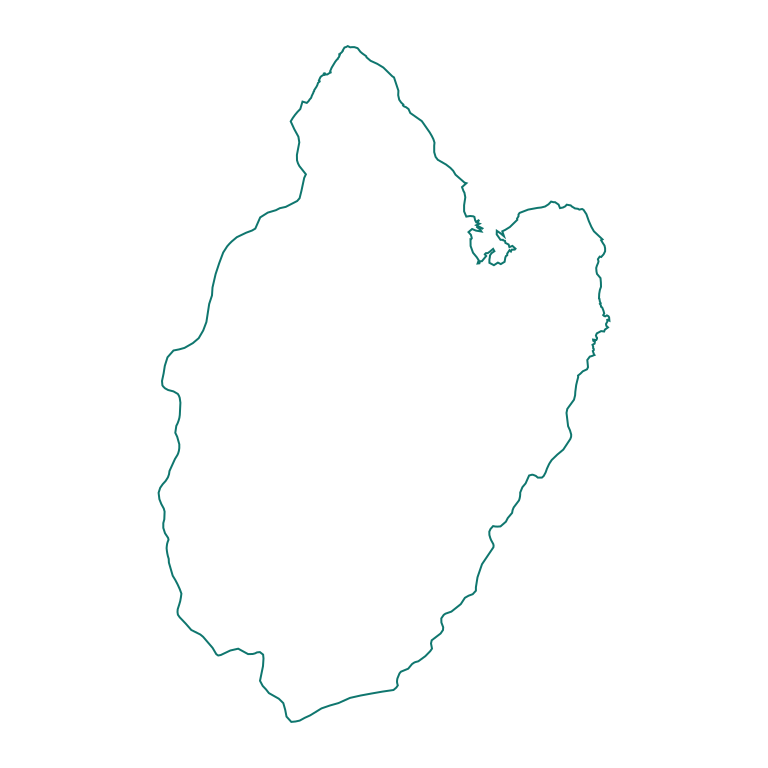 Iablanita, Caras-Severin, Romania (Robinson projection)
{"feature_id": "2599482B41356842698791", "entity_name": "Iablanita", "entity_type": "district", "adm_level": 2, "iso_a3": "ROU", "parent_name": "Romania", "parent_adm1": "Caras-Severin", "projection": "robinson", "projection_center": [22.284, 44.936], "detail": "fine", "context": "isolated", "style": "outline", "palette": "teal", "viewbox_px": 768, "rotation_deg": 0, "n_neighbors": 0, "source": "geoboundaries", "source_scale": "gbopen_adm2", "svg_char_len": 6061}
<svg xmlns="http://www.w3.org/2000/svg" viewBox="0 0 768 768"><path d="M366.5,57.3L366.2,56.2L362.4,53.5L360.4,51.8L357.9,48.5L357.4,48.1L354.3,47.1L352.4,47.1L350.2,47.3L347.7,46.1L345.9,47.1L344.5,47.5L342.7,50.5L342.9,50.8L341.9,52.1L341.1,52.9L340.2,53.5L340.0,54.5L339.3,54.4L339.3,56.3L338.9,57.1L337.8,58.5L337.7,59.1L336.9,59.6L335.2,61.8L331.7,67.6L330.1,71.3L330.2,71.8L330.7,72.1L330.7,72.5L329.5,73.0L327.4,74.4L326.7,74.5L326.0,74.4L325.0,73.8L324.8,73.3L324.3,73.3L324.1,73.4L325.2,74.6L324.7,74.9L323.0,75.1L321.0,76.5L320.3,77.4L318.9,80.5L319.7,81.2L319.7,81.5L318.0,82.9L317.4,84.9L316.5,86.7L314.2,90.2L314.1,91.2L313.5,91.9L313.3,92.8L311.8,95.8L311.5,96.8L311.0,98.0L309.7,99.4L308.5,101.2L306.8,102.9L302.5,101.6L300.3,109.0L297.5,111.9L295.0,114.9L292.7,118.1L290.7,121.4L294.3,129.2L298.4,136.7L299.3,142.4L296.9,155.0L297.0,160.3L298.0,163.4L299.4,166.1L305.9,174.3L304.2,177.9L301.4,191.0L299.6,198.2L297.2,201.0L285.7,206.9L279.8,208.2L275.9,210.2L267.8,212.6L260.2,217.4L255.3,228.6L252.1,230.5L246.2,232.7L236.8,237.2L231.7,241.5L229.4,243.8L227.2,246.3L223.2,252.5L219.2,263.2L215.6,274.1L212.5,287.5L212.0,295.4L209.2,303.9L206.4,322.0L203.2,330.5L198.7,338.2L192.9,343.1L184.5,347.9L179.1,349.4L173.5,350.5L167.5,357.3L164.8,365.9L163.6,373.5L162.0,381.0L162.4,385.3L163.1,386.4L165.0,388.3L168.1,390.0L173.5,391.4L177.8,393.9L178.9,395.7L179.7,397.8L180.4,402.7L179.8,415.0L179.4,417.8L178.6,420.6L177.6,423.3L176.3,425.9L175.3,432.8L177.2,436.8L179.3,444.3L179.3,448.0L178.9,450.8L178.1,453.5L177.3,455.2L175.0,458.9L169.5,471.0L169.0,474.3L167.9,477.4L165.6,481.0L162.7,484.2L160.2,487.8L158.6,492.8L159.4,499.2L161.3,504.0L163.8,508.6L164.6,511.6L164.3,519.3L163.3,523.1L163.3,527.9L165.0,533.2L168.1,537.9L168.5,539.8L167.7,541.8L167.1,543.9L166.8,546.0L166.6,548.2L166.9,550.9L167.3,553.5L167.9,556.2L168.7,558.8L168.9,562.6L172.7,575.7L175.3,580.0L177.6,584.4L179.7,589.0L181.4,593.6L180.9,597.4L180.2,601.2L179.2,604.6L177.7,609.3L177.5,612.0L177.9,614.7L179.7,617.3L185.7,623.6L191.3,630.0L200.3,634.5L203.1,636.8L212.6,647.9L216.3,654.2L218.2,655.5L220.8,655.0L230.3,650.5L238.2,648.7L248.1,654.1L252.7,654.0L255.0,653.4L257.0,652.4L259.9,652.1L263.1,654.6L263.5,658.5L263.0,666.1L260.0,680.8L262.7,685.9L266.0,689.4L268.9,693.1L278.8,698.7L283.3,703.1L285.2,709.8L286.5,716.6L291.3,721.9L295.5,721.5L299.7,720.6L304.8,717.8L310.1,715.4L321.5,708.4L329.9,705.5L338.4,703.1L350.0,697.9L360.7,695.5L371.6,693.5L382.5,691.6L393.5,690.0L396.3,687.6L397.8,685.4L397.3,683.7L397.0,682.0L397.1,680.2L397.4,678.5L399.5,673.4L400.9,671.7L408.2,668.7L412.0,664.1L414.0,662.7L415.3,662.1L418.3,661.3L425.3,656.2L430.2,651.2L432.0,648.6L431.0,643.5L431.7,640.3L440.6,633.5L443.0,630.0L443.2,627.3L441.4,622.5L441.3,618.4L443.7,614.9L445.4,613.7L451.4,611.6L460.8,604.1L464.9,597.8L468.6,595.7L472.7,594.2L475.9,590.7L475.9,587.3L477.5,577.3L482.0,564.2L493.4,547.3L493.6,545.7L493.3,544.1L491.1,540.1L490.3,538.1L489.4,535.0L489.3,531.7L490.5,529.0L493.1,526.1L495.2,526.5L497.4,526.6L500.5,526.4L505.9,521.7L507.8,518.0L512.1,512.9L512.6,510.1L513.7,507.4L519.0,500.4L519.6,498.5L520.0,496.6L520.2,494.6L520.2,492.6L522.4,487.2L525.6,483.4L529.1,475.5L532.1,474.7L533.3,474.9L535.8,475.9L537.8,477.6L541.9,477.6L543.7,476.0L545.6,472.5L546.9,468.8L548.6,465.1L549.4,463.5L551.7,460.0L557.3,454.6L563.3,449.6L570.3,439.0L571.1,436.8L571.2,434.6L570.0,430.4L568.1,426.2L566.5,412.9L567.3,408.9L574.0,399.7L575.1,395.3L575.3,391.9L576.2,385.0L577.1,381.2L578.2,377.0L578.0,375.6L580.5,373.6L582.8,371.3L587.0,369.3L588.0,367.2L587.3,360.0L589.8,356.6L592.0,356.0L594.4,355.0L594.1,354.7L592.8,351.0L593.8,350.0L593.7,348.8L593.1,348.1L593.2,346.8L592.5,344.8L594.6,343.6L594.9,341.6L593.3,340.8L593.1,339.6L596.3,340.0L597.0,338.7L597.0,337.7L596.5,337.2L595.9,335.5L596.8,333.4L601.1,331.1L604.1,331.5L604.9,329.6L608.0,327.4L606.3,325.8L606.0,324.0L607.5,321.3L607.2,319.9L607.7,319.7L609.4,320.6L609.1,317.3L608.4,316.2L606.9,315.4L605.3,316.3L604.3,316.1L603.2,315.1L604.2,313.5L603.5,310.8L602.2,307.5L601.0,306.7L600.9,305.3L599.9,303.9L600.7,303.2L599.9,301.7L599.4,298.7L599.0,298.5L599.2,293.8L599.9,289.9L601.0,286.8L600.9,282.6L600.5,278.1L597.0,273.9L596.5,271.6L596.2,268.0L596.9,265.7L598.1,262.9L598.5,261.3L597.9,259.2L599.7,256.6L601.2,257.0L603.6,254.3L605.1,251.3L605.1,248.3L604.5,245.6L602.8,243.0L601.1,240.2L602.5,239.4L593.9,231.3L591.4,226.9L588.8,221.0L586.4,214.2L583.5,209.8L582.1,209.0L579.3,209.6L577.9,208.8L574.9,208.4L573.4,207.4L572.1,206.7L570.7,205.4L566.7,204.7L565.3,206.3L563.0,207.5L560.0,208.1L558.6,204.6L555.1,202.2L553.5,202.2L551.1,201.6L548.5,204.3L545.1,206.5L541.2,207.5L537.5,207.9L528.2,209.6L519.6,212.9L518.5,214.5L518.5,216.3L517.0,218.7L517.3,219.8L509.9,227.0L505.2,229.9L502.3,231.3L504.0,236.3L500.5,233.3L496.8,230.8L496.7,234.4L500.5,239.8L502.9,239.8L503.1,240.3L505.0,240.9L505.4,242.9L508.6,244.5L509.4,247.1L512.4,245.9L515.5,248.7L514.7,249.6L511.7,249.7L510.9,251.5L509.5,250.2L507.2,253.6L507.2,255.3L505.9,256.1L505.3,257.7L504.6,261.8L500.8,264.1L497.9,262.6L493.9,265.2L489.4,262.8L489.4,259.5L489.8,257.4L490.0,255.4L491.5,253.2L494.4,251.2L493.1,248.9L490.0,251.5L487.8,253.1L486.0,253.1L484.8,254.3L486.2,256.0L481.9,261.2L480.0,261.3L479.4,263.3L477.6,263.5L478.7,260.3L476.8,257.3L473.0,252.7L470.6,246.0L470.5,239.3L471.0,239.4L471.8,238.2L470.9,234.8L468.5,232.1L472.1,229.0L475.9,230.6L481.4,231.5L480.0,229.4L476.4,226.6L482.2,228.6L482.4,228.4L476.3,225.2L479.5,223.7L477.3,222.8L479.2,219.9L476.0,221.9L475.1,220.2L474.4,216.9L473.2,216.3L470.1,216.0L466.3,216.6L464.1,211.4L464.1,205.2L465.3,197.3L464.4,192.6L463.6,191.3L462.0,187.1L466.4,183.2L464.5,182.6L455.5,174.7L453.2,170.8L450.4,167.9L446.0,164.5L437.8,159.8L435.6,156.9L434.2,152.1L434.2,145.7L434.5,142.7L433.4,139.2L431.8,136.0L429.7,132.4L421.8,121.1L410.3,113.0L408.5,109.0L405.9,107.1L404.2,106.5L403.0,105.5L403.4,104.6L401.2,102.6L399.2,99.7L398.2,95.2L398.4,90.7L394.0,77.4L392.3,76.3L383.3,67.5L377.2,63.8L370.6,60.8L366.5,57.3Z" fill="none" stroke="#0f766e" stroke-width="2"/></svg>